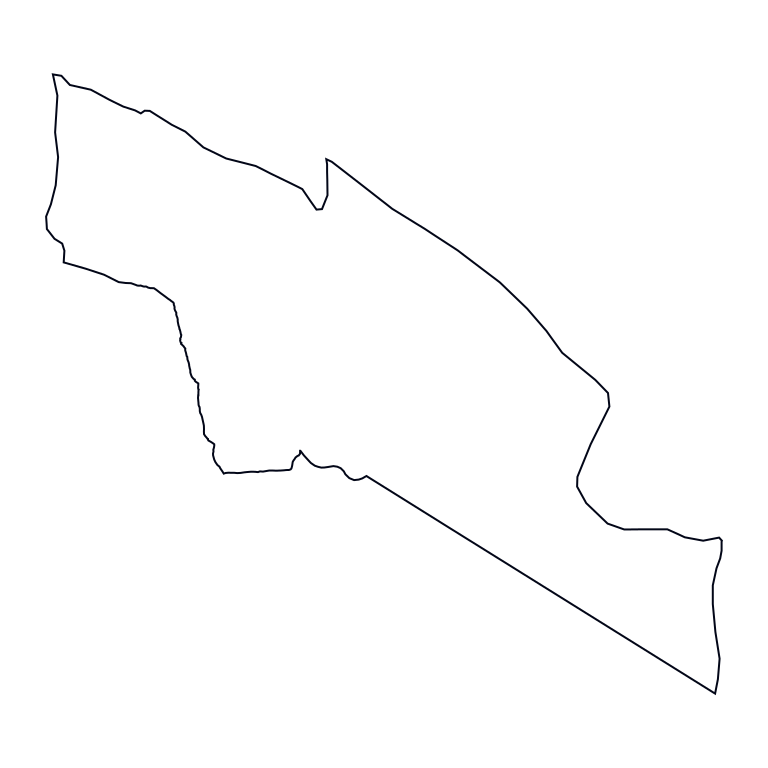 Tunduma, Mbeya, United Republic of Tanzania
{"feature_id": "72390352B1593050996578", "entity_name": "Tunduma", "entity_type": "district", "adm_level": 2, "iso_a3": "TZA", "parent_name": "United Republic of Tanzania", "parent_adm1": "Mbeya", "projection": "mercator", "projection_center": [32.774, -9.303], "detail": "fine", "context": "isolated", "style": "outline", "palette": "ink", "viewbox_px": 768, "rotation_deg": 0, "n_neighbors": 0, "source": "geoboundaries", "source_scale": "gbopen_adm2", "svg_char_len": 4230}
<svg xmlns="http://www.w3.org/2000/svg" viewBox="0 0 768 768"><path d="M721.9,540.7L719.1,537.6L703.2,540.7L684.8,537.3L679.9,535.0L667.3,529.3L644.9,529.3L624.3,529.5L614.7,526.1L607.6,523.6L595.5,512.0L586.2,503.1L577.1,486.6L577.4,476.9L590.7,444.2L609.4,406.6L608.0,393.0L595.3,379.9L562.2,352.8L550.9,337.2L546.4,330.9L544.2,328.4L527.2,308.7L500.6,283.1L499.6,282.2L464.1,255.3L457.7,250.4L435.0,235.6L431.2,233.1L425.0,229.0L416.5,223.8L392.2,208.8L386.5,204.3L380.3,199.5L362.9,185.9L348.2,174.5L344.6,171.7L331.8,161.8L326.3,159.2L327.1,164.3L327.1,172.0L327.3,179.8L327.5,195.3L322.0,209.1L316.5,209.6L310.4,201.0L302.3,189.1L298.4,187.1L291.9,183.9L270.5,173.5L264.5,170.4L255.7,166.0L243.2,162.8L226.2,158.5L221.7,156.3L203.4,147.4L185.3,131.6L171.8,124.8L157.5,115.8L149.8,110.9L144.7,110.7L140.8,113.4L135.1,110.4L123.3,106.6L114.1,102.1L108.9,99.5L90.8,89.7L69.9,85.0L61.4,75.8L52.9,74.4L57.4,95.6L55.1,132.4L58.1,157.1L55.7,185.3L50.9,204.3L46.1,216.6L46.6,223.7L46.9,229.1L48.3,230.8L54.5,238.8L62.2,243.6L64.4,250.7L64.0,257.3L63.7,262.4L85.7,268.7L104.0,274.7L118.7,282.1L125.7,283.0L131.0,283.2L132.7,283.8L134.6,284.5L136.0,285.0L137.1,285.5L138.6,285.7L140.0,285.7L140.6,285.5L141.5,285.8L142.5,286.2L144.1,286.6L145.2,286.5L146.4,286.6L148.1,287.6L150.2,288.1L151.6,288.1L152.9,288.2L153.9,288.2L156.4,289.9L159.1,292.0L160.9,293.4L161.2,293.6L165.7,296.9L168.3,298.9L170.2,300.1L170.7,300.6L171.5,301.2L172.5,301.9L173.4,302.6L173.8,303.5L173.8,304.1L173.8,304.7L174.4,306.2L174.6,307.4L174.5,308.0L174.5,308.7L174.6,309.1L174.9,310.0L175.2,310.7L175.7,311.6L176.0,312.1L176.3,312.7L176.3,313.4L176.2,314.2L176.5,315.6L176.8,316.4L177.0,316.9L177.4,317.8L177.5,318.6L177.7,319.2L177.7,320.2L177.7,321.2L177.8,321.9L178.5,325.4L178.7,326.0L179.0,326.8L179.3,327.9L179.4,328.8L179.5,329.2L179.7,329.3L179.9,329.9L180.0,330.4L180.3,331.3L180.6,332.9L181.0,334.6L181.3,335.0L181.1,335.9L181.0,336.8L180.9,337.2L180.6,337.7L180.2,338.5L180.4,339.4L180.1,340.1L180.4,341.6L180.9,342.8L181.4,343.0L181.1,343.9L181.9,344.6L182.5,345.2L183.3,346.0L183.8,346.5L184.3,347.4L185.3,348.5L185.2,349.2L185.2,350.0L185.3,350.7L185.7,351.9L186.1,353.3L186.4,354.9L186.7,356.2L187.2,356.7L187.5,359.6L187.9,360.6L188.4,361.9L188.6,362.3L188.9,363.7L189.1,364.3L189.1,365.0L189.2,365.7L189.3,366.3L189.5,367.1L189.8,368.7L190.1,369.3L190.2,369.9L190.3,370.8L190.3,371.4L190.3,372.2L190.3,372.4L190.6,373.5L191.1,375.0L191.8,376.8L192.9,378.1L193.1,378.3L193.6,378.9L194.6,379.5L194.8,379.6L194.8,379.8L194.8,380.7L195.7,381.7L198.3,383.4L198.3,384.8L198.2,386.0L198.1,387.8L198.3,389.2L198.7,389.5L198.5,390.4L198.4,392.4L198.4,394.3L198.4,395.2L198.2,395.2L198.1,396.6L198.0,398.1L198.1,398.7L198.2,400.0L198.4,402.1L198.5,402.9L198.5,403.7L198.6,405.0L198.9,405.9L199.1,406.4L199.4,406.9L199.6,407.1L199.6,407.6L199.7,408.2L199.8,409.1L199.8,410.2L199.8,411.1L200.0,412.0L200.2,413.0L201.2,414.7L202.0,416.9L202.5,419.2L203.3,422.8L203.5,423.7L203.7,424.7L203.9,425.8L204.0,429.3L203.9,431.4L204.0,433.4L204.0,434.1L205.1,435.9L206.7,437.7L207.5,438.8L208.0,439.0L208.0,439.7L208.4,440.5L209.3,441.0L210.9,441.9L212.6,443.0L214.2,444.2L214.3,445.3L214.0,447.4L213.3,449.9L213.5,451.1L213.4,451.9L213.0,453.6L213.1,455.4L214.2,459.5L215.4,462.1L217.4,465.0L219.5,466.7L220.0,467.8L220.8,469.1L222.4,471.4L223.5,473.2L223.7,473.4L223.8,473.6L225.5,473.0L228.5,472.7L231.0,472.8L234.1,472.8L237.3,473.1L240.7,472.9L244.6,472.3L247.6,472.0L251.3,471.7L255.0,471.8L258.0,472.1L259.9,471.4L263.0,471.6L265.9,471.1L269.4,470.5L272.1,470.5L276.2,470.7L281.0,470.5L284.0,470.3L285.7,470.1L287.1,470.0L288.9,470.0L290.6,469.4L291.4,468.5L292.0,466.4L292.3,464.8L292.7,462.0L293.5,460.5L294.5,459.2L295.6,457.4L296.2,457.0L297.4,456.0L298.7,455.5L300.0,453.8L300.1,451.9L300.1,450.8L300.4,450.8L303.9,455.4L309.1,461.1L310.9,463.0L314.8,465.7L318.0,466.8L321.3,467.6L324.4,467.5L328.0,467.0L333.4,466.1L337.3,466.7L340.7,468.2L343.8,471.3L345.4,474.3L349.3,478.1L354.1,480.1L358.7,479.6L362.3,478.4L366.4,476.0L450.1,528.3L522.6,573.5L715.1,693.6L717.9,679.2L719.6,658.7L715.4,632.0L712.8,604.1L712.8,585.4L716.5,568.3L720.2,558.4L721.0,554.0L721.6,550.7L721.6,541.6L721.9,540.7Z" fill="none" stroke="#020617" stroke-width="2"/></svg>